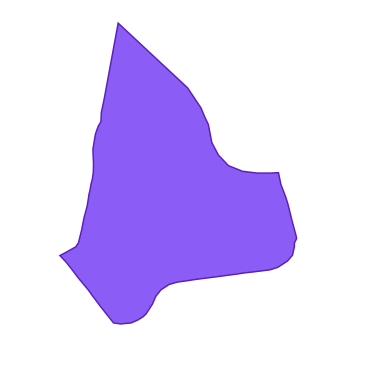 outline of Chamkar Mon, Phnom Penh, Cambodia, rotated 284°
{"feature_id": "14789045B33698683582262", "entity_name": "Chamkar Mon", "entity_type": "district", "adm_level": 2, "iso_a3": "KHM", "parent_name": "Cambodia", "parent_adm1": "Phnom Penh", "projection": "equal_earth", "projection_center": [104.92, 11.542], "detail": "fine", "context": "isolated", "style": "filled", "palette": "violet", "viewbox_px": 384, "rotation_deg": 284, "n_neighbors": 0, "source": "geoboundaries", "source_scale": "gbopen_adm2", "svg_char_len": 1048}
<svg xmlns="http://www.w3.org/2000/svg" viewBox="0 0 384 384"><g transform="rotate(284 192 192)"><path d="M165.0,92.6L161.0,93.0L152.7,93.7L142.7,93.5L139.6,93.5L128.9,94.1L115.3,94.1L110.8,92.6L103.4,84.8L98.4,79.2L93.7,86.5L88.6,93.2L81.0,102.6L72.1,114.8L67.3,120.4L59.5,130.0L52.0,139.7L46.0,147.5L46.7,154.6L50.3,164.8L54.8,170.5L59.1,174.7L62.5,176.9L73.9,180.8L81.9,182.1L89.5,185.5L96.7,192.1L101.0,199.5L104.5,208.2L107.7,215.8L114.9,234.3L119.8,246.7L122.9,254.6L126.3,262.7L129.1,270.3L135.3,286.4L139.8,293.6L148.1,301.3L155.0,304.8L163.8,304.6L167.4,303.7L172.2,304.8L175.6,303.1L181.7,299.7L188.7,295.8L193.7,293.2L204.0,287.7L209.7,284.2L220.9,276.4L231.7,271.2L229.5,264.1L226.1,250.5L224.3,235.9L226.4,221.0L234.1,208.8L244.7,199.3L261.5,191.5L268.3,185.9L275.7,180.4L291.9,162.6L338.0,79.5L260.9,84.3L252.7,84.6L247.0,84.8L241.9,85.9L238.1,86.6L233.2,85.1L225.0,84.3L220.7,84.6L212.1,85.3L209.2,85.6L195.6,89.6L187.2,91.5L180.3,92.2L175.4,92.1L168.6,92.6L165.0,92.6Z" fill="#8b5cf6" stroke="#5b21b6" stroke-width="1.5"/></g></svg>